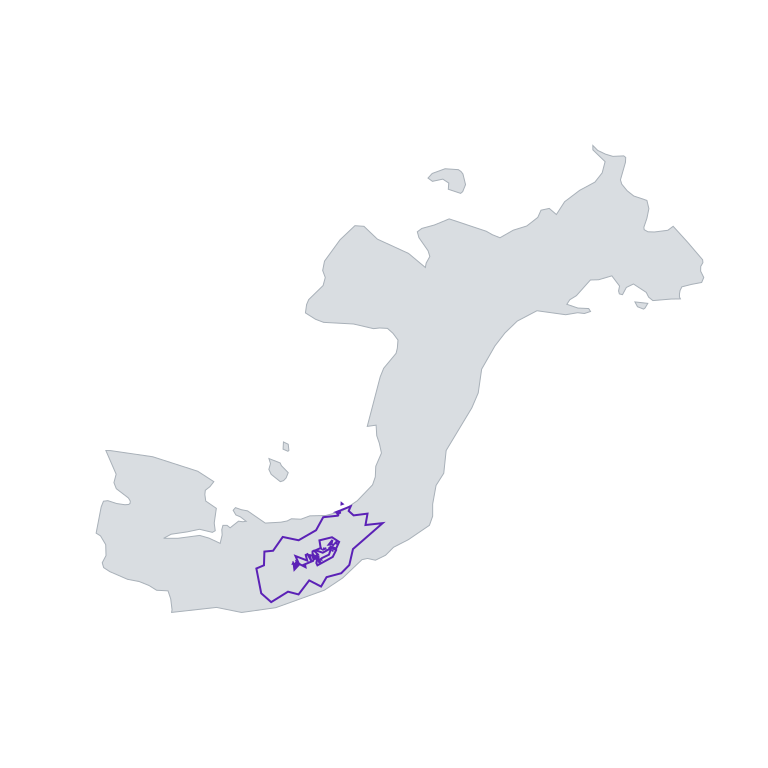 location of Chepo, Panama, rotated 138°
{"feature_id": "35544464B69999703107277", "entity_name": "Chepo", "entity_type": "district", "adm_level": 2, "iso_a3": "PAN", "parent_name": "Panama", "parent_adm1": "", "projection": "orthographic", "projection_center": [-78.725, 9.102], "detail": "medium", "context": "in_parent", "style": "outline", "palette": "violet", "viewbox_px": 768, "rotation_deg": 138, "n_neighbors": 0, "source": "geoboundaries", "source_scale": "gbopen_adm2", "svg_char_len": 4956}
<svg xmlns="http://www.w3.org/2000/svg" viewBox="0 0 768 768"><g transform="rotate(138 384 384)"><path d="M694.7,356.4L692.6,358.0L686.3,367.0L682.9,374.8L691.0,382.9L693.5,391.6L698.1,401.0L705.3,410.5L713.3,428.0L715.2,435.1L713.0,439.7L705.4,442.5L698.3,450.8L696.3,460.8L697.7,465.8L676.4,481.9L670.9,484.6L667.3,482.1L662.7,474.1L657.3,467.6L654.3,465.3L652.6,465.2L650.9,466.7L650.2,470.3L653.0,485.3L650.7,491.4L643.4,496.2L635.2,520.7L631.9,517.6L604.5,484.6L580.8,443.8L575.8,425.3L582.0,424.2L587.9,424.6L591.1,421.7L594.8,416.3L591.8,403.8L603.2,394.3L607.6,387.9L610.8,388.6L618.3,399.5L629.2,405.8L642.7,414.8L651.0,416.8L640.5,407.3L622.3,394.8L617.2,386.6L612.4,375.2L605.3,380.1L602.0,384.3L598.3,386.7L595.2,383.9L594.6,380.1L583.9,379.4L581.1,376.1L578.3,374.2L579.6,381.3L581.7,385.8L580.6,391.1L577.1,391.5L574.1,386.0L570.3,381.0L565.3,360.1L553.1,350.3L547.6,347.0L543.0,345.8L536.2,339.1L527.3,335.6L515.2,325.2L500.3,317.7L482.1,315.1L460.0,316.7L452.6,320.8L447.5,326.0L445.1,328.4L432.1,334.4L427.1,343.1L424.0,350.4L417.4,358.7L424.8,363.7L382.1,391.8L373.7,395.9L354.5,398.7L350.1,401.7L344.2,407.3L343.4,415.7L344.2,423.0L349.8,428.6L354.7,432.1L366.5,449.0L387.6,470.2L391.6,478.0L394.8,489.4L388.4,494.8L383.5,497.1L363.4,497.9L356.4,502.4L353.6,509.4L346.0,515.1L320.1,520.6L299.7,521.1L293.4,514.6L292.0,496.1L278.4,464.6L275.3,442.9L271.8,445.6L264.6,448.1L262.1,453.5L260.1,469.4L257.4,474.8L251.8,474.3L240.3,468.5L225.1,463.1L205.8,429.1L203.7,422.7L200.0,415.1L185.0,411.8L172.2,405.9L158.2,404.9L151.0,408.1L143.7,403.9L142.5,394.6L127.8,398.6L109.0,397.0L92.2,392.9L80.6,394.9L70.9,401.3L72.1,418.2L69.2,421.5L68.9,414.6L65.6,406.6L61.6,400.0L53.2,393.1L52.8,390.6L56.2,387.2L71.7,377.5L73.6,373.4L74.0,364.9L72.6,356.6L65.8,344.5L69.8,337.1L77.8,331.2L86.0,326.6L87.4,324.6L86.0,320.5L81.3,316.0L70.2,308.3L63.6,307.7L63.5,286.1L64.1,263.1L65.8,260.8L69.9,259.5L73.2,256.0L75.1,249.2L80.0,246.9L88.7,252.2L97.6,256.9L101.4,255.4L104.2,253.2L106.2,251.0L106.8,248.9L113.9,255.1L128.4,266.1L129.2,271.5L127.8,276.6L131.7,291.4L139.3,293.6L147.0,290.8L148.8,293.5L147.4,296.2L143.4,299.2L142.3,311.9L154.8,317.9L161.0,323.2L181.9,320.9L189.5,322.3L194.8,320.9L189.1,310.7L181.4,303.1L182.0,299.7L187.9,302.3L192.4,307.4L202.6,313.9L221.3,336.1L242.9,341.6L260.0,341.0L276.0,338.1L301.5,329.7L320.0,314.3L334.7,307.5L382.3,293.0L399.3,277.7L406.4,275.7L413.2,273.8L428.2,262.2L436.3,253.2L444.8,248.6L469.9,252.0L486.2,256.3L497.4,255.7L508.3,258.8L513.0,265.4L517.9,268.2L544.5,267.5L566.3,270.7L614.1,290.2L642.7,309.5L657.9,330.0L694.7,356.4ZM213.5,507.6L207.3,508.2L194.6,503.1L185.3,493.5L184.6,490.4L184.8,487.3L190.0,477.6L196.8,474.3L199.5,474.4L205.9,485.7L201.4,490.0L203.2,496.9L212.4,502.2L213.5,507.6ZM521.6,400.8L519.4,405.6L514.0,394.8L514.9,392.0L514.5,382.2L519.6,379.7L523.3,379.4L526.4,380.8L528.3,392.3L526.7,397.6L521.6,400.8ZM143.9,271.8L142.6,277.1L134.0,267.4L139.2,265.8L141.0,266.0L143.9,271.8ZM502.6,403.1L497.5,408.2L495.5,403.3L499.1,398.3L500.4,398.3L502.6,403.1Z" fill="#d9dde1" stroke="#a8b0b8" stroke-width="1"/><path d="M602.3,332.3L615.3,310.6L613.8,297.4L594.3,293.9L588.3,284.8L571.0,288.1L566.3,275.6L555.9,278.9L542.4,272.0L530.9,272.7L517.5,282.1L478.1,281.5L492.1,291.6L483.0,298.7L494.5,306.7L495.2,313.3L490.6,315.4L504.9,320.7L502.1,317.3L505.3,319.0L505.3,318.1L505.9,317.9L505.7,317.8L505.5,317.3L505.9,317.0L506.4,317.0L518.3,325.7L532.3,320.8L552.0,325.0L561.6,338.1L578.0,334.3L585.0,339.5L594.5,329.6L602.3,332.3ZM536.6,311.0L525.2,304.9L523.0,296.7L529.6,293.8L532.7,298.9L530.7,292.6L537.8,289.8L554.8,293.8L554.1,296.2L549.9,299.4L552.7,300.3L553.0,302.4L553.7,300.9L555.1,300.0L563.8,303.1L563.5,302.6L564.9,300.4L567.3,306.7L574.8,306.0L571.2,311.2L570.8,308.5L568.5,310.4L569.0,309.6L567.8,309.3L568.4,308.7L567.5,308.5L567.1,308.7L564.9,315.4L559.2,304.2L556.6,309.3L554.7,308.8L556.3,301.5L553.7,306.5L550.8,303.3L550.5,305.9L549.1,307.4L547.5,307.0L547.2,301.6L552.6,302.4L548.1,299.7L550.8,296.3L546.7,296.2L539.1,294.0L533.0,297.4L542.4,299.6L546.1,306.2L540.8,304.5L536.6,311.0ZM571.5,311.0L572.0,311.4L571.3,311.7L571.5,311.0ZM568.9,309.7L568.3,309.6L568.8,309.6L568.9,309.7ZM568.1,310.1L568.0,310.3L567.9,309.9L568.1,310.1ZM530.5,299.9L526.7,302.6L532.6,301.6L530.5,299.9ZM524.5,298.6L526.2,297.5L526.6,298.4L524.5,298.6ZM569.7,306.9L567.8,307.3L567.7,307.7L570.2,308.5L570.5,308.0L569.7,307.4L569.7,306.9ZM552.2,295.3L550.5,294.9L550.5,295.3L552.2,295.3ZM496.1,323.0L495.1,322.6L495.3,323.8L496.1,323.0ZM571.6,307.2L569.9,306.9L571.4,307.9L571.6,307.2ZM539.2,301.5L538.5,301.2L538.7,301.8L539.2,301.5ZM548.6,295.8L548.2,295.4L548.1,295.7L548.6,295.8ZM534.1,298.7L533.8,297.9L533.4,298.7L534.1,298.7ZM534.4,294.9L533.7,294.5L533.5,294.8L534.4,294.9ZM541.1,304.3L540.8,303.5L540.7,303.9L541.1,304.3ZM529.6,298.3L529.0,298.4L529.4,298.6L529.6,298.3ZM537.7,300.8L537.2,300.3L537.5,300.9L537.7,300.8Z" fill="none" stroke="#5b21b6" stroke-width="2"/></g></svg>